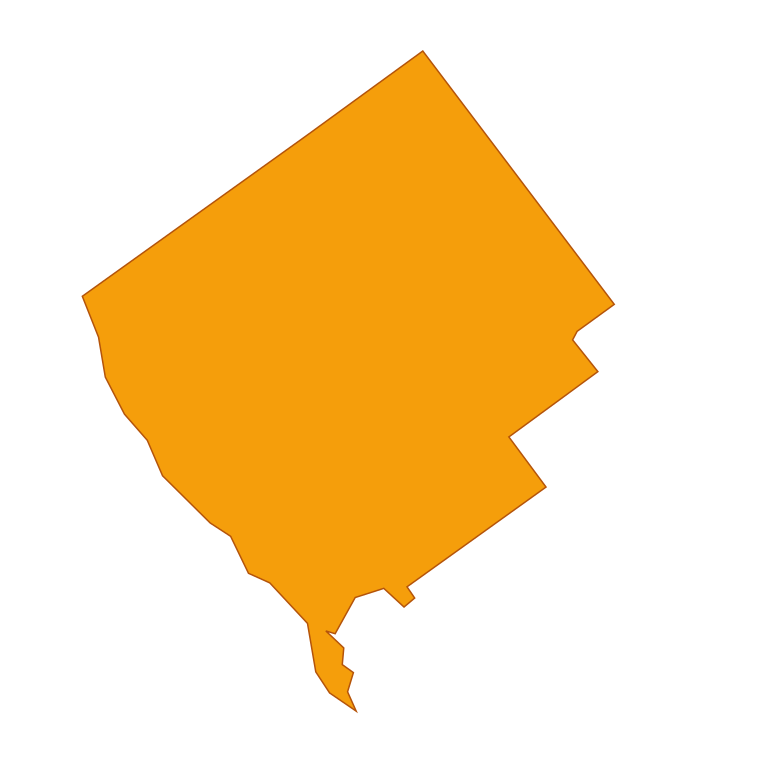 Greene, Illinois, United States of America, rotated 324°
{"feature_id": "52423323B58371871806637", "entity_name": "Greene", "entity_type": "district", "adm_level": 2, "iso_a3": "USA", "parent_name": "United States of America", "parent_adm1": "Illinois", "projection": "natural_earth1", "projection_center": [-90.485, 39.32], "detail": "fine", "context": "isolated", "style": "filled", "palette": "amber", "viewbox_px": 768, "rotation_deg": 324, "n_neighbors": 0, "source": "geoboundaries", "source_scale": "gbopen_adm2", "svg_char_len": 579}
<svg xmlns="http://www.w3.org/2000/svg" viewBox="0 0 768 768"><g transform="rotate(324 384 384)"><path d="M611.1,137.4L465.7,137.5L191.5,135.7L180.6,178.3L162.6,214.6L156.3,255.9L159.4,290.4L150.9,328.1L161.7,394.3L170.4,417.1L163.1,457.5L174.7,477.8L181.4,532.7L159.6,576.8L158.4,602.0L169.2,632.3L173.6,611.6L189.6,599.5L185.3,586.5L196.3,573.9L191.8,549.6L197.7,557.3L235.2,539.8L263.7,549.2L269.1,576.2L283.0,575.2L283.4,561.6L454.5,562.6L453.9,500.2L564.3,499.7L562.5,459.2L571.2,454.9L617.1,454.9L611.1,137.4Z" fill="#f59e0b" stroke="#b45309" stroke-width="1.5"/></g></svg>